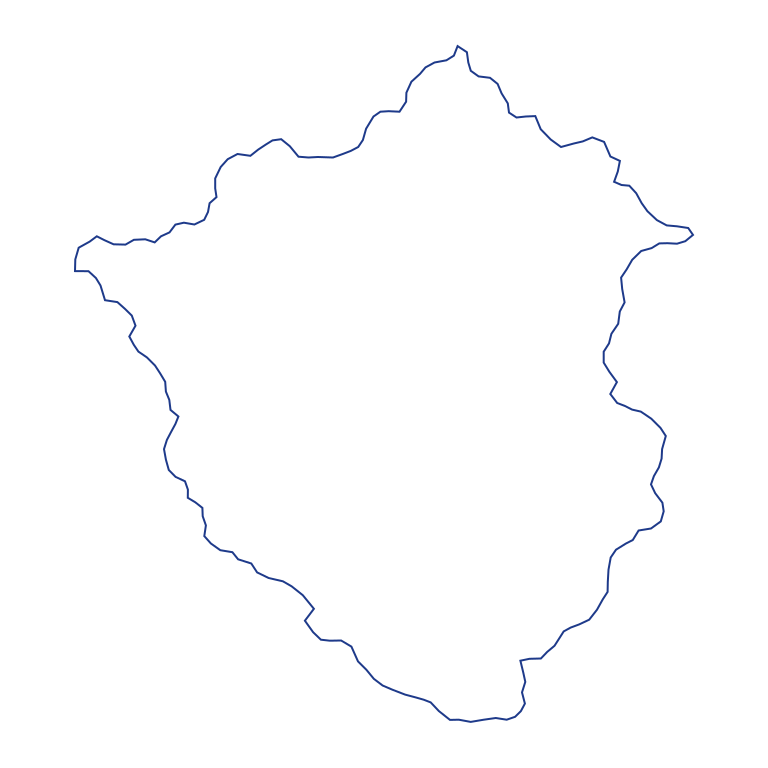 outline of Senhora do Porto, Minas Gerais, Brazil
{"feature_id": "56859067B27680733127360", "entity_name": "Senhora do Porto", "entity_type": "district", "adm_level": 2, "iso_a3": "BRA", "parent_name": "Brazil", "parent_adm1": "Minas Gerais", "projection": "albers", "projection_center": [-43.08, -18.914], "detail": "fine", "context": "isolated", "style": "outline", "palette": "blue", "viewbox_px": 768, "rotation_deg": 0, "n_neighbors": 0, "source": "geoboundaries", "source_scale": "gbopen_adm2", "svg_char_len": 2709}
<svg xmlns="http://www.w3.org/2000/svg" viewBox="0 0 768 768"><path d="M405.1,694.6L416.0,697.5L423.7,699.7L430.7,702.4L438.9,711.1L450.0,719.9L458.8,719.7L470.7,721.9L483.8,719.7L495.8,718.0L506.7,719.7L515.1,716.8L520.9,711.1L524.9,703.6L522.0,692.4L525.3,681.9L523.3,672.7L520.4,660.7L529.5,658.8L540.9,658.5L547.2,651.9L554.5,645.8L559.5,638.0L563.7,631.4L570.6,627.6L579.2,624.4L589.2,619.7L597.0,609.7L602.8,599.3L607.6,591.9L607.8,581.9L608.5,569.7L610.7,557.5L616.0,549.7L625.8,543.6L632.8,540.0L638.6,530.5L651.0,528.5L660.8,521.4L663.7,511.3L662.4,502.7L655.2,493.2L651.0,484.4L653.9,476.1L658.9,467.4L661.6,458.6L662.1,449.1L665.8,436.0L660.5,427.9L651.3,418.7L640.8,411.6L632.1,409.6L625.0,406.0L617.2,403.0L610.3,394.0L616.9,382.1L609.3,371.7L603.7,362.6L603.7,351.7L609.0,343.4L611.4,333.8L618.2,323.8L619.8,311.5L624.6,302.4L622.2,289.0L621.1,277.6L626.7,269.3L632.2,259.8L641.2,251.0L651.6,248.1L659.3,243.4L667.5,243.2L677.0,243.7L685.3,241.2L693.0,234.9L688.2,228.0L677.0,226.3L666.7,225.4L656.9,220.1L647.4,211.2L641.7,203.2L636.2,193.2L629.3,185.7L621.5,185.0L614.1,181.8L617.8,171.5L619.9,160.9L610.4,156.5L604.1,141.9L592.3,137.4L582.8,141.4L573.8,143.5L561.0,147.0L550.7,139.5L540.7,129.2L535.3,116.1L525.8,116.5L516.5,117.5L509.0,112.6L507.8,103.4L501.6,93.4L497.6,83.9L490.0,77.8L478.6,76.4L470.8,70.8L468.3,62.5L466.9,52.2L457.6,46.1L453.9,55.6L446.4,60.3L434.5,62.5L425.5,67.4L420.0,73.9L411.4,81.7L406.4,92.7L406.1,101.7L399.5,111.7L388.7,111.2L380.4,111.7L373.5,116.5L366.1,128.7L362.9,140.0L358.2,147.0L350.8,150.9L343.0,153.9L333.0,157.5L317.9,157.0L308.5,157.5L298.5,156.7L289.8,146.2L281.2,139.2L272.5,140.4L265.9,144.5L258.2,149.6L250.4,155.8L237.5,154.0L227.7,159.2L220.7,167.0L215.2,178.4L215.2,188.4L216.5,197.1L209.6,203.2L208.0,212.0L204.2,219.8L194.4,224.5L183.9,222.7L175.4,224.6L169.5,232.4L161.0,236.3L154.7,242.4L145.3,239.3L133.9,239.8L125.5,244.6L113.6,244.3L104.5,240.2L96.8,236.3L89.7,241.6L78.7,247.7L75.3,259.4L75.0,271.1L88.5,271.2L95.9,278.0L100.5,285.5L105.0,300.2L117.4,302.1L125.1,309.0L131.8,315.6L135.5,325.7L129.3,336.5L133.8,344.8L138.4,351.6L146.9,357.4L155.0,365.5L160.1,373.3L165.2,381.8L165.9,391.6L169.3,399.9L170.5,409.9L178.4,416.5L175.4,424.0L171.0,432.1L166.9,439.9L164.0,449.1L165.9,459.6L168.8,470.0L175.6,476.9L185.0,481.3L187.9,489.6L187.8,497.8L195.3,502.3L202.4,507.9L202.7,516.2L205.9,525.4L204.3,536.1L210.9,543.5L220.3,550.2L232.4,552.2L238.1,559.3L251.3,563.5L257.1,572.4L268.6,578.0L282.9,581.3L291.6,586.3L302.8,595.2L313.9,608.8L304.9,620.7L313.1,632.2L320.9,639.7L329.9,640.7L341.1,640.5L351.4,646.6L358.0,661.4L366.5,669.9L373.8,678.8L382.6,685.5L392.4,689.7L405.1,694.6Z" fill="none" stroke="#1e3a8a" stroke-width="2"/></svg>